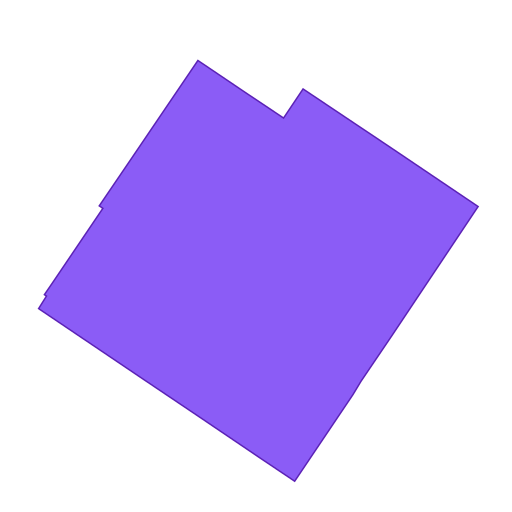 outline of Luna, New Mexico, United States of America, rotated 34°
{"feature_id": "52423323B3054531487219", "entity_name": "Luna", "entity_type": "district", "adm_level": 2, "iso_a3": "USA", "parent_name": "United States of America", "parent_adm1": "New Mexico", "projection": "robinson", "projection_center": [-107.798, 32.195], "detail": "fine", "context": "isolated", "style": "filled", "palette": "violet", "viewbox_px": 512, "rotation_deg": 34, "n_neighbors": 0, "source": "geoboundaries", "source_scale": "gbopen_adm2", "svg_char_len": 463}
<svg xmlns="http://www.w3.org/2000/svg" viewBox="0 0 512 512"><g transform="rotate(34 256 256)"><path d="M105.2,421.2L158.4,421.2L227.1,421.2L297.3,421.1L371.4,421.2L371.5,421.2L413.9,421.1L414.0,421.1L413.9,316.8L413.1,301.1L413.2,245.7L412.5,94.7L412.5,90.8L308.2,90.8L201.6,91.2L201.7,126.2L158.3,126.4L98.5,126.4L98.2,250.9L98.0,302.1L102.4,302.1L102.3,388.8L102.2,406.4L104.7,406.4L105.2,421.2Z" fill="#8b5cf6" stroke="#5b21b6" stroke-width="1.5"/></g></svg>